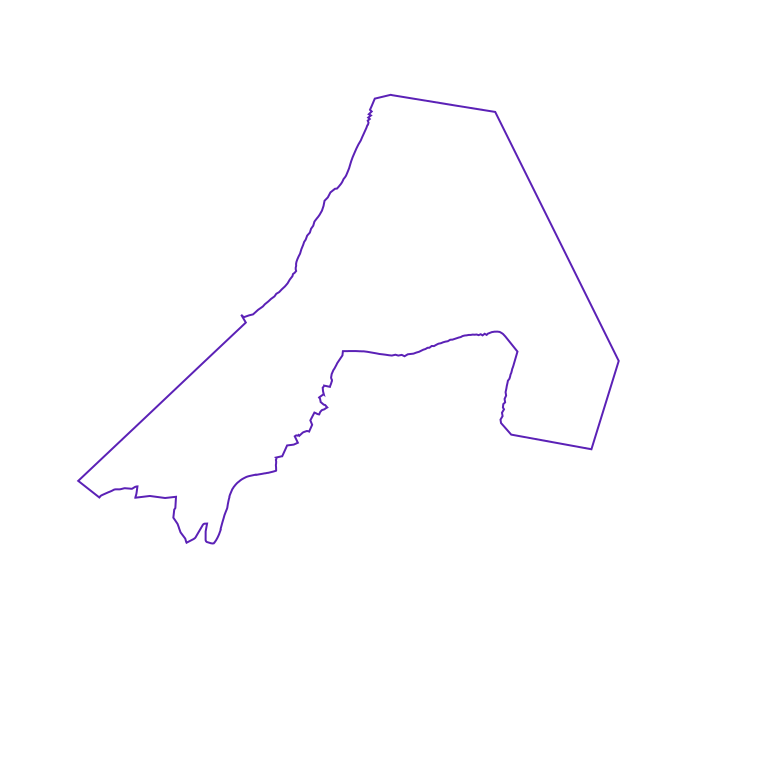 outline of Vlissingen, Netherlands, rotated 132°
{"feature_id": "6326949B17750517520147", "entity_name": "Vlissingen", "entity_type": "district", "adm_level": 2, "iso_a3": "NLD", "parent_name": "Netherlands", "parent_adm1": "", "projection": "equal_earth", "projection_center": [3.611, 51.495], "detail": "fine", "context": "isolated", "style": "outline", "palette": "violet", "viewbox_px": 768, "rotation_deg": 132, "n_neighbors": 0, "source": "geoboundaries", "source_scale": "gbopen_adm2", "svg_char_len": 5878}
<svg xmlns="http://www.w3.org/2000/svg" viewBox="0 0 768 768"><g transform="rotate(132 384 384)"><path d="M616.3,403.9L615.4,404.0L615.3,403.9L613.7,404.1L612.7,404.2L610.9,404.6L609.6,404.9L608.6,405.2L607.3,405.6L606.1,406.0L601.4,407.9L601.3,408.3L595.4,411.3L592.7,412.6L591.2,413.3L588.6,414.6L587.5,415.1L587.1,415.2L586.4,415.5L585.1,416.0L583.2,416.7L581.8,417.2L580.9,417.6L577.7,419.7L576.0,420.7L575.0,421.3L573.6,422.1L571.4,423.2L571.2,423.5L569.8,424.2L569.0,424.5L563.8,426.3L562.5,426.5L561.7,426.6L560.9,426.8L559.7,426.8L558.9,426.9L557.8,426.9L557.2,426.9L556.2,426.9L555.4,426.8L554.5,426.7L553.5,426.5L552.9,426.4L551.9,426.3L550.2,425.9L549.5,425.7L548.6,425.4L547.5,425.0L546.2,424.5L545.2,424.1L544.8,423.9L543.9,423.4L542.5,422.5L537.1,418.6L537.2,418.3L537.1,418.2L535.0,416.6L533.5,415.4L532.1,414.3L530.5,413.1L529.6,412.3L528.1,411.2L527.6,410.7L523.5,407.9L521.9,406.9L520.7,406.2L520.4,406.3L520.0,406.7L518.3,408.3L516.8,409.9L516.5,410.2L515.5,410.8L515.4,410.9L513.9,412.1L513.1,413.1L512.7,413.6L511.8,413.8L511.6,413.9L511.0,414.5L510.9,414.5L510.9,415.0L506.1,411.6L505.8,411.3L499.1,413.4L494.5,414.9L492.2,412.9L491.9,412.6L489.4,410.5L485.3,408.7L482.6,415.3L481.0,414.9L480.8,414.7L480.1,413.6L479.0,413.4L479.2,412.3L474.8,411.9L474.3,411.8L474.0,411.7L473.5,411.5L471.3,410.3L470.9,410.1L470.7,410.0L470.5,409.7L470.2,409.4L469.5,408.1L469.4,407.8L468.6,408.1L462.4,410.1L462.1,410.8L461.9,411.1L460.3,414.4L451.8,416.6L451.7,416.3L451.6,416.0L451.4,415.5L450.9,413.6L450.8,413.3L450.7,413.1L450.5,412.7L450.0,411.8L449.9,411.8L449.3,412.1L447.7,412.6L447.2,412.7L445.3,412.7L445.1,412.7L444.9,412.6L444.6,412.5L444.4,412.4L443.3,411.7L443.1,411.6L442.9,411.5L441.9,411.2L441.7,411.2L439.9,410.7L439.4,410.5L439.2,412.0L439.0,413.6L439.4,414.4L439.6,414.8L439.7,415.6L439.7,416.4L439.8,419.0L439.3,419.6L438.7,420.4L438.1,421.2L437.6,422.0L437.5,423.2L437.3,423.2L433.6,422.4L432.0,422.1L431.9,422.1L431.9,421.9L431.7,422.2L431.8,422.2L429.9,424.8L429.6,425.1L428.2,426.6L428.0,426.8L427.9,427.0L425.8,427.2L425.4,427.3L425.3,427.2L425.2,427.3L425.1,427.1L424.2,425.6L422.3,422.3L421.7,422.6L420.7,423.0L419.1,423.6L418.9,423.7L417.0,424.6L416.8,424.6L416.5,424.8L416.0,425.2L416.0,425.3L415.8,425.6L415.6,425.8L415.4,426.4L415.3,426.7L414.7,427.5L414.4,427.8L414.2,427.9L413.4,428.4L411.5,429.6L410.8,429.8L407.6,430.9L406.3,431.1L406.2,431.1L405.9,431.1L403.1,431.8L402.2,432.0L399.8,432.7L392.9,433.7L390.6,434.0L387.1,436.5L386.6,436.0L381.2,430.1L378.4,427.0L375.8,423.8L373.2,420.8L371.2,417.9L368.5,413.6L366.3,410.1L364.7,407.4L362.9,404.9L361.1,402.3L359.4,399.7L358.6,398.6L357.6,397.2L354.6,395.1L353.3,392.4L350.9,390.6L350.5,390.3L349.6,387.3L346.0,386.2L341.7,382.4L339.0,381.0L336.6,379.5L334.3,378.6L332.1,377.7L330.3,376.6L328.0,375.9L326.6,374.5L323.9,374.0L322.3,372.2L319.9,371.4L317.6,370.5L315.6,369.0L313.5,368.0L311.4,366.7L309.5,365.2L306.8,364.4L305.2,362.8L301.0,360.4L299.4,359.5L297.8,358.4L295.8,357.7L294.0,356.5L292.6,355.2L290.9,353.9L289.5,352.4L287.9,351.1L286.8,349.7L285.2,348.2L284.4,346.4L282.3,345.4L281.9,343.3L279.3,342.8L278.8,340.6L277.1,340.5L273.3,338.6L271.2,336.9L269.3,334.9L267.9,332.9L267.4,330.7L267.2,328.9L267.5,325.6L270.6,306.5L282.0,301.0L283.6,300.2L285.4,299.4L287.0,298.8L288.6,297.9L290.5,296.9L292.3,296.3L294.2,295.2L296.2,294.3L298.7,294.1L300.3,293.1L303.2,291.5L305.7,289.9L308.7,288.2L310.9,285.5L314.4,284.4L316.6,281.7L319.1,281.9L320.5,280.9L321.9,279.9L322.5,277.9L326.4,277.1L328.5,274.4L332.5,273.6L334.7,270.9L336.5,255.6L293.7,186.2L209.8,225.0L187.6,280.9L161.3,347.2L123.4,443.0L107.4,483.4L128.4,515.9L163.9,571.2L164.6,572.5L178.1,581.8L185.8,579.1L189.6,577.9L189.7,575.5L193.7,575.8L193.2,573.4L196.6,574.0L196.6,571.9L199.2,572.3L200.1,570.4L202.1,569.4L202.9,569.5L205.6,568.4L208.8,567.4L211.9,566.4L214.8,565.5L218.6,564.2L223.1,563.3L227.4,562.1L231.6,560.7L236.6,559.0L240.5,557.4L243.9,555.8L247.0,554.3L251.1,552.8L254.6,551.6L256.5,551.3L258.7,551.2L261.6,550.3L263.8,549.9L267.8,549.7L270.2,549.7L271.8,551.1L277.5,552.0L282.9,550.6L287.6,550.8L292.1,548.1L296.7,546.1L301.3,545.1L303.7,544.8L305.9,544.7L309.8,544.4L313.7,542.5L317.4,542.1L321.1,540.4L325.1,540.4L329.1,538.8L331.9,538.4L334.6,537.2L339.1,535.6L343.3,533.6L346.4,532.8L349.4,531.8L351.8,530.8L353.6,529.7L354.9,528.4L356.7,527.4L357.9,526.3L358.8,524.9L361.1,524.8L363.2,525.2L365.1,524.2L369.4,523.9L373.7,523.0L377.8,522.9L382.1,523.3L385.9,523.4L389.0,524.4L392.2,524.0L396.4,524.9L400.0,525.2L404.4,525.9L407.5,525.9L413.1,527.2L419.9,527.9L423.1,530.1L428.2,532.9L428.1,536.4L430.8,527.8L489.5,532.6L567.2,538.8L660.6,546.4L658.8,519.6L658.2,519.6L657.4,519.7L657.0,519.7L656.3,519.6L655.8,519.4L655.2,519.2L651.8,517.7L648.9,516.4L647.3,515.6L645.3,514.7L643.6,514.1L643.3,514.0L643.2,513.9L642.5,513.5L641.8,512.9L639.6,510.4L639.0,509.8L638.2,509.2L636.1,507.8L635.5,507.4L634.9,506.9L634.5,506.4L631.9,503.0L631.0,501.7L630.3,501.1L630.1,501.0L629.7,500.9L628.6,500.6L627.0,500.1L626.3,499.7L625.7,499.3L625.6,499.2L625.1,498.7L630.1,495.3L631.2,494.6L632.3,494.0L634.8,492.8L634.9,492.7L623.9,483.1L623.7,482.8L615.2,470.4L607.0,463.1L615.5,456.3L615.7,456.2L615.8,456.1L616.0,456.0L616.4,456.0L617.0,455.9L617.4,455.9L617.6,455.9L624.3,451.1L624.9,448.6L626.1,443.8L627.8,440.6L628.2,440.0L630.4,435.9L631.9,428.2L633.7,425.4L633.6,425.2L634.0,424.5L626.5,421.7L626.0,421.6L625.5,421.5L625.2,421.4L624.9,421.4L624.5,421.4L624.0,421.4L623.7,421.5L610.2,424.3L609.7,424.4L609.3,424.4L609.0,424.3L608.7,424.3L608.3,424.1L608.1,424.0L607.9,423.9L607.7,423.7L606.1,422.1L612.9,417.9L618.5,412.9L619.4,412.1L619.6,411.7L619.8,411.4L619.9,411.2L619.9,410.9L620.0,410.6L620.0,410.3L620.0,410.1L619.9,409.8L619.8,409.6L618.3,406.4L618.2,406.1L617.9,405.7L617.6,405.2L617.4,404.9L617.2,404.7L616.8,404.3L616.3,403.9Z" fill="none" stroke="#5b21b6" stroke-width="2"/></g></svg>